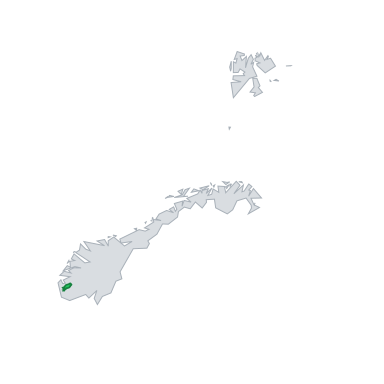 location of Sirdal nor, Vest-Agder, Norway, rotated 34°
{"feature_id": "86288312B17397528681230", "entity_name": "Sirdal nor", "entity_type": "district", "adm_level": 2, "iso_a3": "NOR", "parent_name": "Norway", "parent_adm1": "Vest-Agder", "projection": "orthographic", "projection_center": [6.807, 58.845], "detail": "fine", "context": "in_parent", "style": "filled", "palette": "green", "viewbox_px": 384, "rotation_deg": 34, "n_neighbors": 0, "source": "geoboundaries", "source_scale": "gbopen_adm2", "svg_char_len": 5388}
<svg xmlns="http://www.w3.org/2000/svg" viewBox="0 0 384 384"><g transform="rotate(34 192 192)"><path d="M214.6,185.4L208.1,190.4L209.8,192.5L209.4,199.6L200.4,198.4L199.9,206.9L194.1,208.8L191.7,215.8L194.0,220.8L190.4,231.9L185.4,235.0L186.5,246.6L182.7,257.2L185.5,258.6L186.0,263.8L175.0,271.9L177.0,298.4L182.4,303.2L178.8,308.5L181.2,321.0L176.1,328.7L176.5,338.2L170.4,334.9L168.2,326.8L165.8,337.6L161.2,336.4L151.3,350.4L142.6,352.2L131.7,342.2L132.4,338.1L136.0,340.2L137.9,338.4L134.5,337.0L138.3,330.4L129.0,335.0L130.4,329.2L137.0,326.8L133.5,326.1L136.5,320.9L142.5,317.0L136.6,319.3L129.3,329.2L129.8,322.8L133.3,322.4L129.5,317.7L133.1,314.4L129.4,315.0L128.8,309.3L142.8,310.7L146.6,307.0L129.5,307.2L131.2,303.0L128.6,297.4L135.9,298.8L140.7,297.7L130.1,293.5L149.5,285.4L140.7,285.7L146.1,280.3L152.9,283.7L149.8,279.3L152.3,273.1L166.2,274.5L170.0,266.5L161.7,274.0L158.5,271.4L169.2,252.8L175.1,250.6L177.2,247.0L172.7,248.3L177.1,238.3L175.4,236.4L182.3,233.0L177.2,234.4L177.1,228.7L181.3,221.5L188.3,219.5L182.9,219.1L185.1,214.6L189.0,217.3L189.1,214.8L183.8,211.4L189.3,204.8L191.7,209.4L190.2,203.4L196.9,200.9L191.3,200.2L197.8,190.4L197.7,185.9L201.1,187.5L199.4,185.3L203.7,180.1L204.6,185.3L206.3,177.6L207.1,186.0L209.6,182.9L207.8,177.7L214.4,177.3L210.2,172.6L215.8,169.3L220.4,173.8L222.7,158.4L228.0,159.6L227.7,170.0L230.7,157.4L233.3,163.9L234.7,162.0L234.6,153.6L238.6,154.0L237.9,158.6L239.6,158.1L241.3,163.8L241.0,154.8L253.0,158.1L244.4,164.2L250.6,168.0L256.6,167.1L250.9,178.6L250.3,172.1L248.4,169.8L240.2,166.8L234.2,174.2L235.7,184.0L233.5,190.4L220.5,191.9L214.6,185.4ZM164.2,45.1L168.7,47.7L169.4,53.2L170.6,50.0L172.3,54.4L181.1,59.7L176.1,65.7L173.6,90.7L163.2,79.4L171.1,73.1L163.0,75.9L161.3,72.6L170.5,66.1L168.3,65.3L168.8,63.0L163.0,63.1L163.4,67.1L159.5,69.9L153.5,60.9L156.3,60.6L154.8,56.2L152.9,58.5L150.9,50.3L158.3,48.3L159.0,49.6L155.9,52.4L159.9,55.1L161.3,49.2L166.9,59.1L163.9,49.7L164.2,45.1ZM171.2,38.1L178.6,42.3L178.7,36.5L179.6,37.0L180.0,40.1L182.3,37.2L190.8,41.0L186.1,52.3L175.3,50.7L173.9,49.6L176.1,47.0L171.0,47.9L169.4,45.9L170.5,44.2L168.0,43.2L171.4,43.0L170.4,40.3L172.1,41.4L171.2,38.1ZM182.2,61.5L189.0,66.0L188.6,68.3L194.7,70.0L190.5,77.8L189.2,77.5L189.1,74.3L184.2,76.7L184.7,70.2L178.8,63.8L182.2,61.5ZM187.4,200.4L191.1,197.7L180.3,206.5L185.5,199.8L185.0,193.9L187.7,190.3L187.4,200.4ZM191.8,188.4L197.0,187.1L191.6,192.6L191.8,188.4ZM196.4,184.3L202.7,177.2L200.0,184.0L196.4,184.3ZM151.4,61.6L155.4,67.6L156.5,70.3L153.4,67.4L151.4,61.6ZM182.8,194.8L184.5,200.0L180.0,199.2L182.8,194.8ZM217.6,162.5L215.9,166.9L211.7,166.2L215.8,164.4L217.6,162.5ZM218.8,165.0L218.8,169.7L216.9,168.9L218.8,165.0ZM175.3,207.4L179.5,205.8L175.2,209.7L175.3,207.4ZM203.4,32.1L199.4,35.0L203.5,31.8L203.4,32.1ZM198.7,51.6L202.0,51.4L197.7,53.6L198.7,51.6ZM225.0,157.3L227.4,155.6L228.6,156.2L225.0,157.3ZM220.3,163.5L220.4,165.9L219.1,164.1L220.3,163.5ZM206.9,173.4L207.4,175.7L206.1,175.1L206.9,173.4ZM187.6,116.8L187.8,119.1L186.3,117.5L187.6,116.8ZM196.1,56.3L194.6,56.4L194.2,55.7L196.1,56.3ZM166.4,253.0L167.5,254.9L164.8,254.6L166.4,253.0ZM201.9,173.9L203.6,174.5L204.7,175.6L201.9,173.9ZM168.3,40.3L169.1,41.7L168.1,41.3L168.3,40.3ZM153.6,271.6L150.5,271.9L153.7,270.6L153.6,271.6ZM149.2,275.0L148.0,276.7L147.5,275.8L149.2,275.0ZM174.6,210.4L173.3,212.4L174.6,209.0L174.6,210.4ZM128.9,318.5L128.4,321.2L128.2,317.7L128.9,318.5ZM174.3,236.9L173.5,235.4L174.4,235.4L174.3,236.9ZM250.4,165.7L250.8,167.6L250.5,167.3L250.4,165.7ZM175.2,238.4L173.6,238.9L175.6,238.0L175.2,238.4ZM170.7,242.4L171.0,243.9L170.1,243.5L170.7,242.4ZM128.2,307.0L127.4,308.7L127.6,307.3L128.2,307.0Z" fill="#d9dde1" stroke="#a8b0b8" stroke-width="1"/><path d="M138.9,343.9L139.1,343.7L139.3,343.7L139.4,343.8L139.5,343.8L139.7,343.7L139.7,343.8L139.6,344.0L139.6,344.3L139.7,344.5L139.8,344.6L140.0,344.6L140.3,344.5L140.4,344.8L140.3,345.0L140.3,345.3L140.2,345.4L140.3,345.4L140.4,345.5L140.5,345.5L140.8,345.4L140.8,345.5L140.9,345.4L141.0,345.4L141.3,345.3L141.3,345.2L141.3,344.9L141.3,344.7L141.2,344.6L141.1,344.4L141.3,344.3L141.2,344.3L141.3,344.2L141.3,343.9L141.4,343.7L141.5,343.5L141.5,343.4L141.5,343.2L141.5,342.9L141.8,342.8L141.7,342.8L141.8,342.7L141.7,342.5L141.8,342.4L141.8,342.2L142.0,342.0L142.1,341.9L142.1,341.7L142.0,341.4L142.3,341.3L142.5,341.4L142.7,341.2L142.8,341.0L142.8,340.9L143.0,340.8L143.1,340.7L143.2,340.4L143.3,340.3L143.2,340.2L143.3,340.0L143.5,340.0L143.6,339.9L143.7,339.7L143.7,339.4L143.8,339.3L143.8,339.2L143.7,339.2L143.6,338.9L143.4,338.6L143.4,338.4L143.5,338.3L143.8,338.4L143.9,338.2L143.7,338.0L143.6,337.9L143.6,337.7L143.7,337.3L143.7,337.2L143.7,336.9L143.8,336.7L143.7,336.5L143.8,336.5L143.8,336.4L144.0,336.4L144.0,336.2L143.9,336.1L143.3,335.9L142.6,335.7L142.4,335.7L142.2,335.7L142.1,335.8L142.0,336.0L141.9,336.1L141.7,336.3L141.8,336.4L141.8,336.5L141.9,336.8L141.7,336.9L141.0,337.6L141.0,337.8L140.8,337.9L140.6,338.2L140.4,338.4L140.4,338.5L140.1,338.6L139.9,339.2L139.4,339.7L139.4,340.0L139.5,340.0L139.5,340.5L139.4,340.6L139.3,340.9L139.3,341.0L139.2,341.2L139.1,341.4L139.1,341.5L139.3,341.7L139.5,341.8L139.4,342.0L139.5,342.1L139.7,342.3L139.8,342.4L139.8,342.6L139.6,342.8L139.3,343.0L139.0,343.1L138.8,343.1L138.7,343.0L138.4,343.4L138.6,343.4L138.6,343.5L138.8,343.6L138.8,343.8L138.9,343.9Z" fill="#22c55e" stroke="#15803d" stroke-width="1.5"/></g></svg>